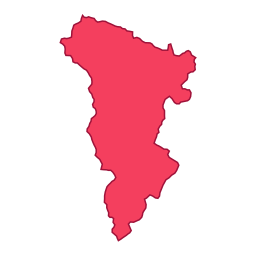 Palma, Minas Gerais, Brazil (Natural Earth projection)
{"feature_id": "56859067B72976331537795", "entity_name": "Palma", "entity_type": "district", "adm_level": 2, "iso_a3": "BRA", "parent_name": "Brazil", "parent_adm1": "Minas Gerais", "projection": "natural_earth1", "projection_center": [-42.328, -21.44], "detail": "fine", "context": "isolated", "style": "filled", "palette": "rose", "viewbox_px": 256, "rotation_deg": 0, "n_neighbors": 0, "source": "geoboundaries", "source_scale": "gbopen_adm2", "svg_char_len": 2940}
<svg xmlns="http://www.w3.org/2000/svg" viewBox="0 0 256 256"><path d="M105.4,21.4L102.4,21.1L99.9,21.7L97.6,22.1L95.6,20.6L94.2,18.5L90.7,17.6L88.6,16.8L86.7,17.6L84.2,17.3L82.6,15.4L81.4,18.5L80.9,21.2L78.5,22.9L75.6,24.1L73.8,25.2L72.9,28.3L71.9,31.0L71.8,33.5L71.5,37.1L69.0,38.1L66.6,38.6L64.4,38.2L61.5,39.0L60.3,42.6L62.7,44.0L64.7,46.2L65.2,49.0L64.9,53.0L65.9,55.4L68.1,55.5L70.6,55.6L72.5,58.5L73.0,61.8L75.2,62.9L77.4,63.0L79.5,65.0L81.8,67.0L83.8,68.7L86.5,70.2L88.3,72.8L89.6,75.4L91.5,78.0L92.0,81.7L91.8,84.2L90.4,85.9L88.5,88.3L89.6,91.6L91.8,94.1L92.8,97.5L94.1,99.3L94.0,101.8L92.6,104.4L93.3,107.2L95.2,108.5L96.1,110.8L96.3,113.4L95.2,115.5L93.4,117.1L91.4,118.6L91.0,121.3L89.8,123.4L88.9,126.5L87.2,128.9L87.0,131.5L89.4,133.8L91.3,137.0L91.9,139.6L93.0,142.4L94.2,145.1L95.3,147.1L96.2,149.4L96.2,152.5L95.2,155.2L97.3,157.3L99.8,159.4L101.0,161.8L102.3,164.2L101.6,167.0L101.0,169.4L104.0,169.7L106.4,169.8L108.4,170.3L110.8,170.3L112.8,172.1L114.8,175.1L115.8,177.6L114.2,180.1L111.9,181.5L110.5,183.1L108.5,185.0L107.0,186.8L106.1,189.4L105.3,191.9L104.6,195.8L104.6,198.8L104.4,202.3L106.8,204.6L106.8,207.8L107.8,210.6L108.7,212.7L108.5,215.8L109.9,217.3L111.9,217.3L113.6,218.5L113.1,222.3L114.8,224.8L114.0,227.1L112.2,229.2L112.2,232.3L114.2,234.0L116.6,236.1L117.4,238.5L118.4,240.6L120.9,239.1L122.5,237.9L124.4,236.6L126.2,235.4L128.0,233.9L129.7,232.8L131.2,230.6L129.8,227.3L128.4,224.0L130.3,222.0L133.7,222.2L136.8,220.8L139.4,219.7L141.7,217.3L142.4,215.2L142.8,212.8L144.0,210.7L145.8,208.0L146.1,204.6L144.5,199.1L146.5,198.1L148.1,196.6L149.9,194.9L152.5,195.9L155.4,197.9L157.9,198.3L159.5,196.1L159.9,192.8L161.6,188.6L163.0,185.1L164.4,182.6L165.9,179.8L169.0,177.8L171.6,175.2L174.9,173.1L176.6,170.5L177.7,167.9L178.8,165.2L177.5,162.5L171.8,159.0L169.2,157.4L167.7,154.5L169.3,151.1L167.1,149.3L163.8,149.1L161.0,147.2L158.7,145.9L156.8,145.1L154.1,143.2L155.3,139.6L156.5,136.8L157.1,133.9L158.9,132.4L158.2,129.1L159.8,126.2L161.6,124.4L161.8,121.9L163.0,120.0L164.7,118.6L164.5,116.1L164.5,110.6L163.0,107.9L163.0,105.0L163.9,102.6L165.1,99.4L169.4,96.3L172.0,98.6L174.5,102.5L176.6,103.8L179.2,103.8L180.7,102.1L187.6,100.7L189.4,99.3L190.6,96.6L191.0,92.8L189.4,89.9L187.3,89.9L184.9,88.8L182.4,88.8L181.2,85.1L184.6,81.7L187.0,79.7L187.7,77.3L187.7,73.9L190.8,72.0L193.0,71.8L195.2,69.7L194.8,66.4L195.4,64.2L194.0,62.0L194.3,59.4L195.7,57.7L191.6,55.1L190.2,51.8L188.3,50.6L186.3,51.3L184.6,52.9L182.7,53.4L181.1,54.7L179.3,56.0L176.6,55.7L174.1,55.0L173.2,52.8L172.8,50.6L172.0,48.4L170.7,44.0L168.6,44.7L168.2,47.9L167.7,50.2L165.5,50.2L162.3,50.2L159.8,48.9L157.4,47.9L155.0,47.2L153.3,45.7L151.9,43.9L150.0,42.9L147.5,42.8L145.2,42.7L142.4,41.3L139.6,38.5L136.9,37.4L133.6,38.2L132.5,35.6L132.6,31.9L129.6,31.3L126.9,30.9L125.0,28.9L122.4,28.6L120.5,27.0L117.4,26.7L115.0,26.0L113.0,25.0L110.6,23.9L107.9,22.8L105.4,21.4Z" fill="#f43f5e" stroke="#9f1239" stroke-width="1.5"/></svg>